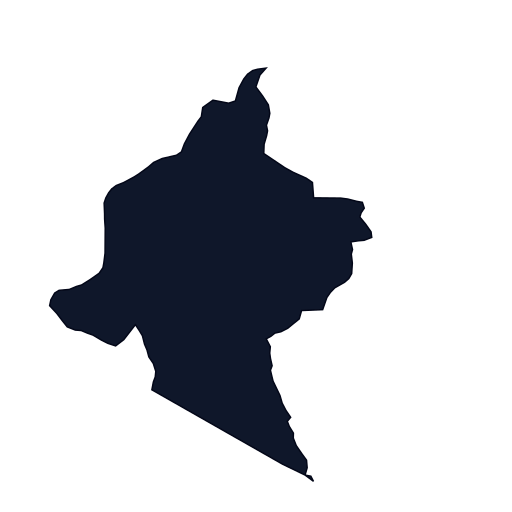 Paraíso do Norte, Paraná, Brazil, rotated 119°
{"feature_id": "56859067B23838105782075", "entity_name": "Paraíso do Norte", "entity_type": "district", "adm_level": 2, "iso_a3": "BRA", "parent_name": "Brazil", "parent_adm1": "Paraná", "projection": "equal_earth", "projection_center": [-52.64, -23.256], "detail": "fine", "context": "isolated", "style": "filled", "palette": "ink", "viewbox_px": 512, "rotation_deg": 119, "n_neighbors": 0, "source": "geoboundaries", "source_scale": "gbopen_adm2", "svg_char_len": 1823}
<svg xmlns="http://www.w3.org/2000/svg" viewBox="0 0 512 512"><g transform="rotate(119 256 256)"><path d="M151.9,374.6L160.8,371.3L166.0,372.1L181.6,373.2L192.6,373.0L201.1,371.7L206.4,374.4L216.2,385.3L223.8,390.9L230.1,393.2L241.3,398.4L246.2,401.1L256.0,407.4L262.1,412.4L267.2,414.7L272.1,415.5L278.0,415.5L283.3,414.5L292.5,408.9L297.1,406.3L304.7,401.4L326.7,389.4L335.9,385.7L340.4,384.2L347.1,384.8L357.2,389.7L365.9,394.5L369.6,398.2L375.7,403.0L381.5,411.6L386.0,414.1L393.7,414.2L399.5,412.4L402.7,402.6L406.4,394.2L409.5,386.7L408.4,378.2L405.9,372.7L405.2,366.1L404.2,360.2L404.5,350.2L404.2,343.2L402.7,335.2L393.3,331.1L374.5,328.2L377.9,321.7L380.8,316.7L387.1,310.8L391.0,305.8L396.2,300.8L399.8,293.7L405.5,287.7L410.6,285.5L415.9,284.7L423.5,282.2L425.2,131.8L423.8,106.9L416.4,108.6L410.1,112.8L406.7,120.1L402.3,128.9L397.2,135.1L392.8,137.4L388.9,144.3L385.4,148.5L380.3,147.5L376.5,155.0L372.0,161.8L366.4,167.4L360.3,176.0L357.2,180.4L353.2,184.1L348.9,188.0L344.2,188.7L338.7,193.6L334.3,196.9L328.4,199.5L323.5,206.9L318.9,204.0L314.3,202.1L310.2,197.5L303.8,193.2L297.2,190.6L290.1,187.7L281.6,189.7L270.6,171.7L257.9,173.9L251.8,173.3L245.7,171.7L236.0,165.8L230.8,163.9L225.0,163.8L215.5,168.3L208.1,173.6L203.6,174.7L197.7,179.9L193.1,173.9L189.9,169.1L183.6,163.8L179.1,167.1L175.1,175.3L171.6,184.1L167.2,185.0L161.7,184.5L157.5,189.0L159.4,194.6L161.7,203.4L164.3,210.0L177.2,233.8L164.3,242.3L163.6,249.8L164.8,264.2L164.8,273.7L162.6,298.9L154.3,303.1L145.8,305.0L140.9,306.6L136.5,310.3L129.0,311.6L124.5,313.1L117.8,318.5L112.9,327.7L108.2,338.1L95.8,340.3L86.8,338.3L91.9,345.2L95.4,348.8L101.0,351.5L107.0,352.5L117.0,352.4L130.4,349.2L135.6,354.0L140.6,369.2L151.9,374.6ZM423.8,106.9L425.2,96.5L422.0,101.3L423.8,106.9Z" fill="#0f172a" stroke="#020617" stroke-width="1.5"/></g></svg>